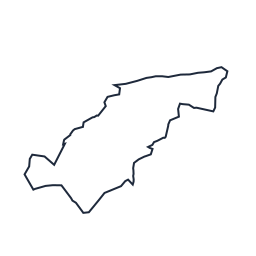 the district of Mkpat Enin, Akwa Ibom, Nigeria, rotated 46°
{"feature_id": "59680162B9896757167153", "entity_name": "Mkpat Enin", "entity_type": "district", "adm_level": 2, "iso_a3": "NGA", "parent_name": "Nigeria", "parent_adm1": "Akwa Ibom", "projection": "albers", "projection_center": [7.765, 4.712], "detail": "fine", "context": "isolated", "style": "outline", "palette": "slate", "viewbox_px": 256, "rotation_deg": 46, "n_neighbors": 0, "source": "geoboundaries", "source_scale": "gbopen_adm2", "svg_char_len": 1314}
<svg xmlns="http://www.w3.org/2000/svg" viewBox="0 0 256 256"><g transform="rotate(46 128 128)"><path d="M158.0,219.1L161.4,214.7L159.6,199.0L158.4,190.0L165.0,173.4L164.3,166.9L165.2,163.8L172.0,163.9L170.5,161.3L168.9,159.6L166.1,157.6L164.9,155.9L162.2,153.5L160.5,152.2L157.3,147.9L158.0,142.1L160.0,135.9L160.4,135.2L162.8,129.9L160.1,124.9L157.7,126.1L155.6,126.7L157.1,122.2L156.2,119.1L157.6,115.8L159.5,109.4L160.6,108.4L160.5,107.0L154.4,97.6L153.4,96.5L151.7,92.4L155.2,83.5L149.2,78.8L149.1,78.7L146.6,73.7L148.8,72.1L153.5,68.0L159.4,66.6L161.0,64.6L175.3,55.1L173.8,51.1L166.4,43.6L164.8,40.1L160.4,33.8L160.1,31.0L158.7,26.5L159.6,22.5L156.2,17.1L149.2,18.5L146.7,22.5L145.0,28.9L141.0,34.3L136.9,39.3L132.4,46.3L126.2,53.0L119.3,63.6L114.5,67.5L110.0,72.2L107.7,75.9L104.8,79.9L100.5,88.6L94.7,98.9L87.8,107.9L93.8,106.1L97.7,111.0L94.8,115.3L91.4,121.1L93.1,127.1L96.8,128.8L98.4,140.9L97.3,141.8L96.7,144.7L95.7,146.1L93.1,156.0L95.9,159.7L95.4,160.5L91.8,167.1L91.6,169.3L92.4,173.8L93.0,174.4L92.1,181.9L92.4,182.6L94.7,186.0L95.5,184.4L103.2,206.7L90.5,207.8L80.7,215.4L82.0,220.1L87.0,225.8L89.5,234.6L92.6,235.4L106.6,238.9L107.2,237.2L112.4,227.5L117.0,221.7L123.0,215.7L139.1,217.7L141.6,218.4L145.6,217.4L157.4,219.0L158.0,219.1Z" fill="none" stroke="#1e293b" stroke-width="2"/></g></svg>